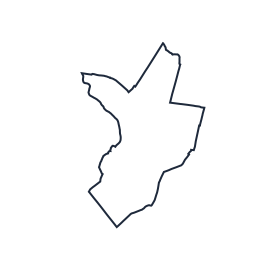 outline of Tinosu, Prahova, Romania, rotated 211°
{"feature_id": "2599482B48682936712287", "entity_name": "Tinosu", "entity_type": "district", "adm_level": 2, "iso_a3": "ROU", "parent_name": "Romania", "parent_adm1": "Prahova", "projection": "albers", "projection_center": [26.021, 44.814], "detail": "fine", "context": "isolated", "style": "outline", "palette": "slate", "viewbox_px": 256, "rotation_deg": 211, "n_neighbors": 0, "source": "geoboundaries", "source_scale": "gbopen_adm2", "svg_char_len": 5557}
<svg xmlns="http://www.w3.org/2000/svg" viewBox="0 0 256 256"><g transform="rotate(211 128 128)"><path d="M195.3,151.4L195.8,151.2L195.4,150.9L194.1,150.2L193.5,149.8L193.1,149.5L192.9,149.1L192.6,148.7L192.4,148.1L191.9,147.0L191.6,146.3L191.4,146.0L191.1,145.7L190.6,145.1L190.1,144.7L189.8,144.5L189.4,144.3L188.6,144.2L188.3,144.3L187.8,144.4L187.4,144.6L186.6,144.9L185.8,145.2L185.3,145.3L184.9,145.3L184.3,145.3L183.8,145.3L183.4,145.1L182.8,144.8L182.3,144.5L182.0,144.1L181.8,143.5L181.5,142.5L181.5,142.1L181.4,141.8L181.2,141.5L181.1,141.1L181.0,140.8L180.8,140.3L180.6,139.5L180.3,138.6L180.2,138.2L179.6,137.6L179.1,137.2L178.6,136.8L178.1,136.5L177.7,136.4L177.3,136.3L176.4,136.3L174.5,136.4L172.6,136.4L171.5,136.5L170.1,136.5L169.2,136.5L168.1,136.3L166.7,136.1L165.9,136.0L165.3,135.8L164.7,135.6L164.3,135.4L163.9,135.1L163.4,134.7L162.7,134.4L162.0,134.1L161.4,134.0L160.7,133.9L160.0,133.6L159.6,133.3L159.1,132.8L158.4,132.4L157.7,132.2L156.1,131.8L155.2,131.7L154.4,131.8L153.9,131.8L153.6,131.8L153.0,131.9L152.4,131.9L151.9,131.8L150.9,131.7L150.0,131.6L148.6,131.2L147.7,131.0L146.9,130.8L146.4,130.7L145.5,130.4L144.5,130.1L143.8,129.9L142.8,129.8L142.0,129.6L141.2,129.3L140.4,128.8L139.3,127.9L138.4,126.9L136.0,124.4L134.6,122.8L134.0,122.2L133.2,120.9L132.6,120.0L131.9,119.0L130.6,117.7L129.6,116.5L128.9,115.3L128.6,114.7L128.3,114.1L128.1,113.6L128.0,113.2L127.9,112.5L127.8,111.9L127.9,111.1L128.2,109.7L128.6,108.6L129.0,107.3L129.2,106.1L129.2,105.4L129.5,105.4L131.0,105.3L131.6,105.0L131.9,104.9L132.0,104.5L132.1,104.3L132.3,104.0L132.3,103.7L132.3,103.2L132.3,102.6L132.4,102.1L132.2,101.7L132.0,101.1L132.0,100.8L131.9,100.6L131.9,100.2L131.6,99.8L131.5,99.6L131.3,99.3L131.2,99.2L131.4,99.1L131.6,99.0L131.9,98.8L132.1,98.5L132.2,98.3L132.2,98.1L132.2,97.8L132.3,97.4L132.3,97.0L132.4,96.8L132.3,96.6L132.2,96.3L132.1,96.0L132.0,95.9L132.2,95.6L132.4,95.5L132.6,95.3L132.8,95.1L133.0,94.9L133.2,94.6L133.3,94.5L133.4,94.3L133.5,94.1L133.6,93.8L133.8,93.4L134.0,93.1L134.1,92.8L134.2,92.5L134.3,92.2L134.4,91.9L134.5,91.8L134.5,91.6L134.7,91.3L134.7,91.1L134.6,90.8L134.5,90.4L134.5,90.0L134.5,89.3L134.4,89.0L134.4,88.6L134.3,88.3L134.2,87.9L134.2,87.4L134.1,87.1L134.1,86.7L134.0,86.3L133.9,86.0L133.9,85.7L133.9,85.4L133.9,85.1L133.9,84.9L133.9,84.6L133.9,84.2L133.8,83.9L133.7,83.5L133.6,83.1L133.4,82.6L133.4,82.3L133.3,82.0L133.2,81.6L132.9,80.7L132.7,79.5L130.7,78.1L129.0,77.0L127.5,75.9L126.9,75.5L126.5,75.4L126.0,75.4L126.0,75.0L125.4,70.5L125.0,69.5L124.4,68.2L124.2,67.8L125.0,65.8L126.8,61.2L127.7,59.1L128.7,56.2L128.8,55.9L128.8,55.4L128.7,53.7L128.7,53.2L127.5,52.8L125.7,52.1L121.5,50.5L115.4,48.3L109.6,46.1L101.2,42.8L89.7,38.5L87.4,37.6L86.6,37.3L86.5,37.7L86.1,38.8L85.9,39.6L85.3,41.6L84.6,44.1L84.2,45.7L83.5,48.1L82.6,51.3L81.8,54.1L81.6,55.0L81.2,56.1L81.0,56.5L79.1,58.6L75.5,63.3L75.1,63.9L74.0,65.1L73.5,66.3L73.0,67.3L72.9,67.8L72.7,69.0L72.3,70.0L71.6,71.1L71.1,71.7L70.6,72.3L70.1,72.7L69.4,72.9L68.6,73.2L68.1,73.4L68.0,73.6L67.9,74.0L67.9,74.4L67.9,74.5L67.9,75.8L67.9,77.1L68.0,79.9L68.6,82.4L69.3,85.2L69.4,85.6L69.8,87.6L71.0,91.2L72.3,94.5L73.4,97.2L73.4,97.8L73.5,99.2L73.7,99.9L73.9,101.7L74.2,104.0L74.6,108.8L72.6,111.2L71.2,113.0L69.6,115.3L66.2,119.5L63.1,123.5L62.6,125.6L62.8,130.2L62.3,133.6L62.0,136.7L63.0,136.9L62.9,137.8L62.7,139.3L62.3,140.4L62.2,141.2L62.6,141.8L60.2,142.9L60.5,144.1L60.9,145.9L61.0,146.4L63.1,151.6L64.7,156.3L66.5,161.6L68.3,166.8L67.6,167.2L67.9,167.8L68.4,169.4L69.5,173.2L70.2,175.4L70.9,177.7L71.2,178.4L71.5,179.5L72.3,182.4L72.6,183.5L73.0,184.7L74.5,184.0L75.7,183.5L76.2,183.3L76.8,183.3L77.1,183.3L77.6,183.2L78.4,182.9L80.0,182.2L81.3,181.6L83.5,180.8L88.7,178.6L94.6,176.0L94.7,175.9L105.0,171.4L105.2,172.1L106.5,176.3L107.7,180.2L108.5,183.2L109.6,187.2L111.1,192.6L112.9,198.8L114.1,202.8L114.7,205.2L115.8,208.7L116.0,209.2L116.0,209.4L116.4,209.4L116.7,209.4L116.8,209.4L116.9,209.5L117.2,209.8L117.4,210.1L117.6,210.5L117.7,210.8L117.8,211.1L118.0,211.4L118.1,211.5L118.3,211.8L118.5,212.2L118.9,212.9L119.0,213.0L119.6,214.0L119.8,214.4L120.0,214.8L120.2,215.2L120.4,215.4L120.7,215.7L120.8,215.8L121.3,216.1L121.7,216.2L122.2,216.4L122.5,216.6L122.8,216.6L123.2,216.6L123.4,216.6L123.7,216.5L123.8,216.4L124.0,216.3L124.5,216.0L125.0,215.7L126.0,215.2L126.4,214.9L127.0,214.5L127.3,214.2L127.5,213.9L127.8,213.9L127.8,214.0L128.1,214.1L128.3,214.3L128.5,214.3L129.0,214.4L129.5,214.4L129.8,214.4L130.0,214.3L130.3,214.2L130.5,214.2L130.8,214.2L131.1,214.2L131.4,214.2L131.5,214.3L131.9,214.3L132.0,214.3L132.3,214.4L132.6,214.5L132.8,214.5L133.0,214.5L133.4,214.5L133.7,214.6L133.9,214.6L134.2,214.7L134.5,214.6L134.8,214.6L135.1,214.5L135.4,214.5L135.5,214.5L135.8,214.6L136.0,214.8L136.1,215.0L136.5,215.5L136.8,215.8L137.0,216.1L137.3,216.3L137.4,216.5L137.6,216.6L137.8,216.7L137.9,216.8L138.2,216.9L138.4,217.0L138.8,217.2L139.0,217.4L139.3,217.6L139.8,217.9L140.2,218.1L140.4,218.2L140.7,218.3L141.4,218.7L141.7,218.7L142.0,203.1L142.3,189.8L142.5,185.5L142.7,175.7L142.9,172.3L143.0,168.3L143.1,167.2L144.3,167.3L144.4,166.3L144.4,164.8L144.4,163.8L144.7,163.0L145.9,159.0L146.9,159.4L147.9,159.9L148.4,160.0L155.2,161.3L157.6,161.7L161.2,162.3L162.9,162.6L165.5,162.5L165.9,162.5L167.2,162.3L167.9,162.1L168.5,161.9L169.1,161.7L169.3,162.0L169.8,161.8L171.1,161.5L172.2,161.3L172.9,161.2L174.0,160.8L175.5,160.4L176.8,159.8L178.1,159.2L179.8,158.3L181.1,157.8L181.9,157.5L183.7,157.0L184.8,156.7L186.2,156.1L186.5,155.9L186.7,155.0L191.4,153.0L195.3,151.4Z" fill="none" stroke="#1e293b" stroke-width="2"/></g></svg>